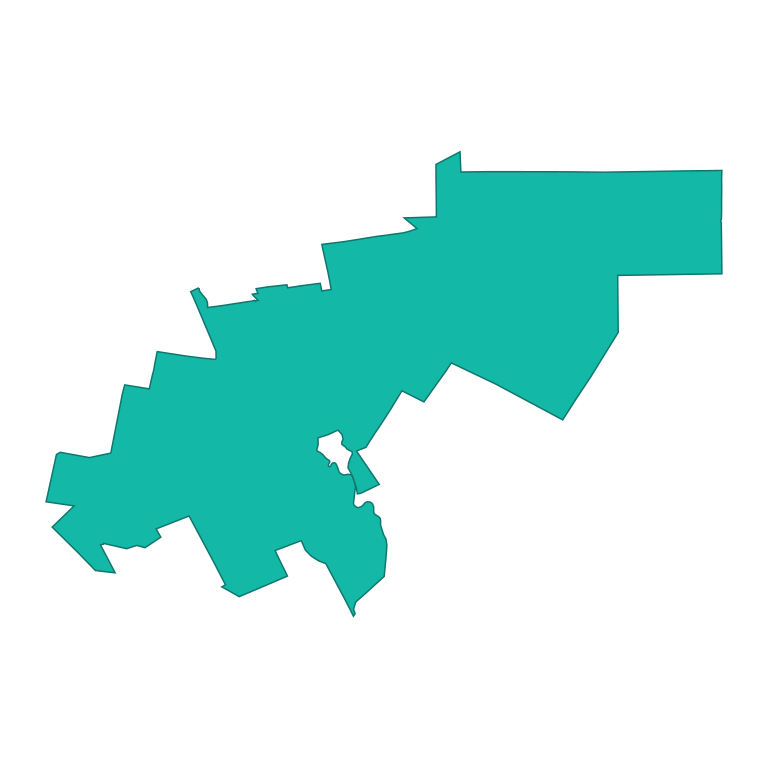 outline of Bragadiru, Teleorman, Romania
{"feature_id": "2599482B28400494535503", "entity_name": "Bragadiru", "entity_type": "district", "adm_level": 2, "iso_a3": "ROU", "parent_name": "Romania", "parent_adm1": "Teleorman", "projection": "robinson", "projection_center": [25.524, 43.753], "detail": "fine", "context": "isolated", "style": "filled", "palette": "teal", "viewbox_px": 768, "rotation_deg": 0, "n_neighbors": 0, "source": "geoboundaries", "source_scale": "gbopen_adm2", "svg_char_len": 4071}
<svg xmlns="http://www.w3.org/2000/svg" viewBox="0 0 768 768"><path d="M229.2,591.0L237.4,595.6L239.0,596.7L267.1,584.8L287.4,576.1L286.5,574.0L284.7,570.4L277.1,554.9L275.1,550.5L287.4,545.9L299.7,541.2L301.3,540.7L305.4,550.2L311.5,556.3L318.7,560.9L325.8,563.6L337.6,585.7L344.7,599.0L350.5,610.3L353.4,616.2L355.1,613.6L353.5,609.4L355.7,602.2L358.3,599.7L363.2,595.5L384.2,576.4L385.8,559.8L386.9,545.5L386.0,539.1L383.6,534.7L380.6,525.3L380.6,523.6L380.6,520.6L380.4,519.2L380.1,518.3L379.6,517.6L378.3,516.5L376.4,515.2L375.1,514.6L374.5,513.9L374.0,513.2L373.8,512.3L373.7,510.7L373.7,508.0L373.6,506.6L373.1,505.4L372.4,503.8L371.4,502.9L370.6,502.3L369.7,502.0L368.6,501.8L367.4,501.8L366.2,502.1L365.4,502.6L364.5,503.4L362.7,505.5L361.1,506.7L359.8,507.2L358.7,507.5L357.9,507.6L357.2,507.5L356.3,506.9L355.3,506.3L354.2,505.2L353.7,504.3L353.5,503.6L353.5,503.1L353.6,502.5L353.9,499.6L354.4,495.6L354.8,491.8L355.2,489.0L355.4,487.7L355.4,486.3L355.1,485.0L353.8,480.4L353.1,478.2L352.5,476.5L351.9,475.7L351.4,475.2L350.5,474.8L349.4,474.5L348.2,474.3L346.8,474.5L344.6,475.0L343.7,474.9L342.7,474.7L341.5,474.1L340.5,473.4L339.5,472.5L338.9,471.4L338.4,469.8L337.3,466.6L336.0,463.9L335.7,463.5L335.4,463.2L334.8,462.9L334.5,462.8L334.0,462.8L333.4,462.8L332.9,462.9L332.3,463.3L331.7,463.9L331.3,464.5L331.0,465.2L330.9,465.8L330.6,466.2L330.2,466.5L329.8,466.6L329.4,466.6L328.9,466.4L328.6,466.0L328.4,465.6L328.4,465.1L328.6,464.4L328.9,463.5L329.6,462.6L329.8,461.9L329.7,461.2L329.4,460.6L328.6,460.0L326.7,458.8L325.3,457.6L324.3,456.3L322.7,454.5L320.4,452.7L319.4,452.1L318.4,451.7L317.7,451.4L317.3,450.9L316.9,450.3L316.8,449.9L316.9,449.4L317.2,448.1L317.7,446.5L318.1,444.8L318.1,443.0L318.0,437.9L328.5,434.5L336.7,430.7L338.0,430.2L338.8,431.0L339.8,432.1L342.0,434.5L343.1,439.1L341.7,442.4L341.9,444.4L342.4,444.8L345.2,446.8L347.4,449.4L352.0,451.6L352.4,453.9L350.1,458.5L348.6,463.1L348.0,467.7L352.8,476.7L356.4,488.0L357.4,493.9L360.7,493.3L367.0,490.3L379.2,484.4L356.5,451.0L366.0,447.3L370.2,440.5L375.7,432.1L382.4,422.1L391.4,408.1L394.4,403.1L401.9,390.8L423.9,401.9L445.9,371.1L451.3,362.9L496.0,384.2L556.2,416.4L561.3,419.1L562.7,419.9L576.7,398.0L590.4,377.4L618.2,332.4L617.7,275.4L721.9,273.8L721.5,237.7L721.3,222.2L720.8,221.7L720.7,221.3L720.6,221.0L720.7,220.7L720.8,220.3L721.1,219.9L721.3,219.5L721.4,219.2L721.4,218.4L721.5,216.9L721.6,209.5L721.6,204.6L721.6,198.2L721.7,192.5L721.7,187.2L721.6,180.4L721.7,175.0L721.8,171.7L721.9,171.0L721.9,170.5L695.1,170.8L687.1,170.9L603.4,172.2L566.7,171.8L514.0,171.7L489.0,171.7L486.1,171.7L460.9,172.0L460.0,151.8L436.0,164.4L436.0,176.4L436.3,203.3L436.4,216.9L404.2,217.9L417.0,228.6L410.1,231.1L403.1,232.9L376.1,236.5L343.0,241.8L321.9,244.4L322.8,249.1L324.6,257.3L328.0,272.5L329.9,282.2L331.2,289.5L326.7,290.2L321.8,290.9L320.2,283.3L307.1,285.0L301.0,285.8L287.6,287.8L286.9,284.8L280.4,285.5L274.2,286.2L269.9,286.6L267.9,286.9L256.1,288.7L257.9,293.4L252.4,294.2L253.6,295.9L256.5,298.7L258.1,300.4L256.2,300.7L255.8,300.8L255.4,300.9L255.3,301.1L254.5,300.3L252.1,301.1L250.6,301.3L248.8,301.5L224.1,305.3L219.9,305.9L207.6,307.5L207.6,306.1L207.5,303.4L207.3,302.1L207.0,301.3L206.6,300.5L206.5,300.0L206.4,299.6L206.1,299.1L205.5,298.4L204.8,297.6L204.0,296.6L202.3,294.7L200.5,292.4L199.7,291.1L199.3,289.8L199.2,289.2L199.2,288.8L198.1,288.1L190.9,291.6L190.6,291.7L191.7,293.9L192.9,296.4L193.9,298.7L197.5,307.0L202.3,318.5L209.6,335.8L216.0,351.2L216.1,358.3L215.2,359.4L206.9,358.6L202.2,358.1L189.5,356.5L182.5,355.5L157.2,351.6L154.6,364.7L154.0,368.6L153.4,371.4L152.8,373.4L150.4,383.7L149.3,388.9L124.7,384.9L122.3,394.1L120.9,401.4L118.7,412.7L116.2,425.4L110.8,453.1L106.0,454.1L89.5,457.6L60.3,452.3L56.5,454.4L56.1,456.1L46.1,501.8L74.1,505.9L52.2,527.1L77.6,552.2L95.4,570.5L105.2,571.7L115.1,572.8L107.8,558.8L100.5,544.9L103.5,544.2L103.7,543.4L126.6,548.7L136.7,545.4L145.0,547.7L160.8,537.2L156.1,528.9L189.1,516.0L204.4,544.6L214.4,563.4L225.5,584.8L221.8,586.9L229.2,591.0Z" fill="#14b8a6" stroke="#0f766e" stroke-width="1.5"/></svg>